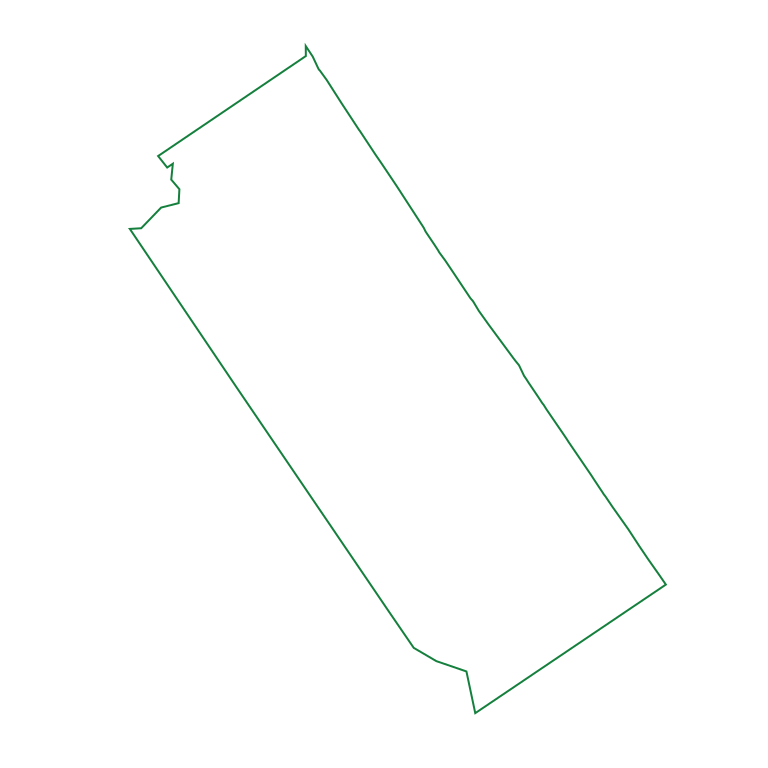 Escambia, Alabama, United States of America (Equal Earth projection), rotated 236°
{"feature_id": "52423323B39779994842487", "entity_name": "Escambia", "entity_type": "district", "adm_level": 2, "iso_a3": "USA", "parent_name": "United States of America", "parent_adm1": "Alabama", "projection": "equal_earth", "projection_center": [-87.161, 31.128], "detail": "fine", "context": "isolated", "style": "outline", "palette": "green", "viewbox_px": 768, "rotation_deg": 236, "n_neighbors": 0, "source": "geoboundaries", "source_scale": "gbopen_adm2", "svg_char_len": 1108}
<svg xmlns="http://www.w3.org/2000/svg" viewBox="0 0 768 768"><g transform="rotate(236 384 384)"><path d="M375.8,503.9L376.5,503.9L391.7,503.5L402.8,504.1L407.0,503.6L442.1,503.8L445.3,503.8L452.5,503.8L462.2,503.4L464.7,503.6L471.2,503.7L487.0,503.7L491.2,504.3L540.5,505.2L568.3,505.3L578.8,505.2L607.5,505.5L608.5,505.4L639.7,505.8L639.9,505.8L668.1,506.5L679.9,506.1L680.6,505.9L682.0,505.9L695.3,508.0L707.9,508.1L699.6,502.6L699.3,324.2L684.7,325.3L684.7,332.1L672.4,321.9L659.9,323.3L648.8,314.9L654.9,297.9L648.9,269.8L654.7,260.0L464.5,259.9L191.7,260.8L148.6,261.1L125.0,272.4L99.6,291.6L60.1,275.6L60.1,464.8L60.1,505.5L71.7,505.4L90.9,505.0L106.8,505.0L127.1,505.3L154.5,504.7L154.9,504.7L155.6,504.7L163.9,504.7L167.4,504.7L167.5,504.7L169.6,504.5L171.7,504.6L175.8,504.6L188.0,504.7L192.6,504.8L233.1,504.6L235.7,504.7L241.6,504.7L256.7,504.6L272.0,504.5L277.7,504.7L279.4,504.5L286.8,504.6L288.2,504.6L304.5,504.6L308.0,504.7L308.6,504.7L309.8,504.7L310.5,504.7L311.5,504.7L311.9,504.6L324.0,506.4L329.7,505.9L333.1,505.7L375.8,503.9Z" fill="none" stroke="#15803d" stroke-width="2"/></g></svg>